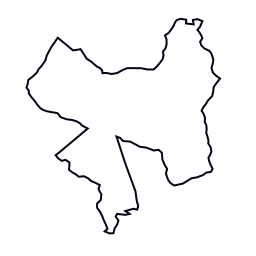 Mucambo, Ceará, Brazil, rotated 264°
{"feature_id": "56859067B98065273797307", "entity_name": "Mucambo", "entity_type": "district", "adm_level": 2, "iso_a3": "BRA", "parent_name": "Brazil", "parent_adm1": "Ceará", "projection": "equal_earth", "projection_center": [-40.762, -3.894], "detail": "fine", "context": "isolated", "style": "outline", "palette": "ink", "viewbox_px": 256, "rotation_deg": 264, "n_neighbors": 0, "source": "geoboundaries", "source_scale": "gbopen_adm2", "svg_char_len": 2224}
<svg xmlns="http://www.w3.org/2000/svg" viewBox="0 0 256 256"><g transform="rotate(264 128 128)"><path d="M216.5,60.2L208.6,54.8L204.0,53.0L201.1,50.6L198.0,47.7L195.8,45.2L192.6,43.2L189.3,38.8L186.1,33.8L182.2,32.8L178.8,31.3L175.6,33.2L172.4,33.1L168.8,35.2L165.3,37.6L160.4,40.4L157.0,42.8L154.9,45.4L153.2,48.9L151.9,53.2L150.2,59.4L145.8,62.2L143.2,67.6L141.8,73.2L140.1,77.4L137.9,80.5L135.3,82.5L131.7,87.9L111.1,57.4L108.5,53.2L105.1,55.4L102.2,58.7L102.9,62.5L99.9,66.1L96.2,65.7L92.7,64.9L89.5,68.2L87.1,71.6L84.7,73.9L84.6,79.2L82.1,83.1L79.1,85.8L76.9,89.8L74.2,94.0L70.5,92.3L67.8,93.2L64.8,94.6L59.3,93.4L56.1,89.4L51.9,88.9L48.2,91.1L43.3,93.1L39.1,94.2L34.5,95.8L29.9,97.0L27.6,94.0L25.1,98.7L24.9,102.5L29.6,104.2L33.3,107.3L37.0,108.8L41.1,106.5L43.7,108.1L41.9,116.5L42.4,120.6L45.7,116.7L47.1,124.7L45.9,128.6L49.4,130.0L54.1,129.2L57.3,129.0L64.3,128.8L88.6,122.7L94.8,121.2L120.7,115.7L119.0,119.1L115.6,121.7L114.2,128.8L111.3,133.1L108.0,138.1L106.7,143.7L105.1,147.2L102.9,151.3L103.1,156.1L99.9,159.1L93.2,158.9L88.0,160.4L83.3,162.6L78.7,161.0L74.7,161.8L71.5,162.8L68.7,164.5L66.0,168.0L66.9,176.5L68.9,180.8L71.4,186.0L71.7,191.3L73.4,197.8L75.5,201.3L75.7,205.8L78.5,207.9L83.0,206.2L86.9,205.2L90.0,204.9L92.7,206.9L95.9,208.5L100.5,208.1L104.3,206.2L107.2,206.7L111.4,206.1L115.0,205.3L118.6,206.1L122.6,206.2L126.2,204.9L130.0,205.7L134.2,204.6L137.4,203.0L141.1,205.3L143.4,207.7L147.1,210.5L151.1,215.1L154.9,216.4L159.8,217.5L164.0,221.2L167.5,224.7L170.9,221.0L174.1,218.3L178.8,217.3L183.2,219.0L186.9,220.0L190.5,219.4L193.7,218.5L196.3,216.9L199.0,212.4L202.4,209.6L206.2,208.7L209.4,211.3L212.6,210.5L215.8,208.9L218.3,207.3L221.4,210.4L226.5,213.2L229.0,208.5L228.7,203.8L224.2,204.2L225.9,196.6L229.6,197.2L231.1,191.9L230.2,187.6L227.7,185.6L224.6,183.9L220.2,180.2L217.9,177.8L216.3,174.5L212.1,175.6L207.1,175.1L203.0,173.4L200.4,170.8L196.4,170.9L192.8,169.6L189.6,166.7L186.4,163.4L183.5,159.7L184.2,153.4L186.1,147.2L186.9,140.1L187.6,133.5L186.2,128.6L183.8,123.1L183.4,117.4L185.1,112.0L185.2,108.3L188.1,108.3L190.6,106.3L192.4,103.4L195.6,100.5L198.3,97.8L201.2,94.2L211.3,89.1L210.9,81.5L225.1,67.6L216.5,60.2Z" fill="none" stroke="#020617" stroke-width="2"/></g></svg>